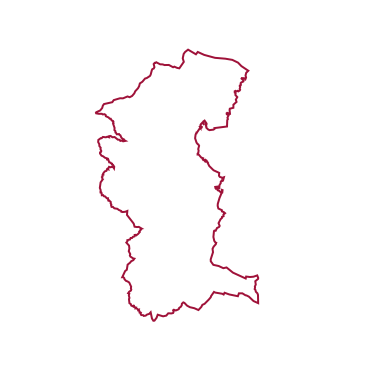 Zapayán, Magdalena, Colombia (Mercator projection), rotated 148°
{"feature_id": "7082276B87422252526741", "entity_name": "Zapayán", "entity_type": "district", "adm_level": 2, "iso_a3": "COL", "parent_name": "Colombia", "parent_adm1": "Magdalena", "projection": "mercator", "projection_center": [-74.689, 10.137], "detail": "fine", "context": "isolated", "style": "outline", "palette": "rose", "viewbox_px": 384, "rotation_deg": 148, "n_neighbors": 0, "source": "geoboundaries", "source_scale": "gbopen_adm2", "svg_char_len": 6097}
<svg xmlns="http://www.w3.org/2000/svg" viewBox="0 0 384 384"><g transform="rotate(148 192 192)"><path d="M112.9,307.7L115.7,306.7L119.9,314.8L123.7,314.4L125.9,313.5L129.0,310.3L130.0,306.7L137.2,303.6L138.8,305.1L140.6,307.7L141.9,307.8L144.3,312.0L148.0,314.2L149.3,315.8L151.3,317.1L153.6,321.0L154.7,320.8L155.2,321.3L156.7,320.8L157.7,317.8L159.0,317.0L160.5,317.2L161.5,316.6L164.9,313.4L166.2,312.7L169.9,312.6L171.7,313.1L175.7,311.8L178.7,311.7L180.7,309.8L182.8,308.6L186.8,307.5L188.7,306.2L191.9,305.2L194.6,305.4L196.1,307.2L200.9,308.0L203.3,309.6L205.0,310.1L209.7,311.4L212.0,310.4L220.0,313.2L221.8,312.5L223.7,310.8L226.7,309.8L230.9,310.4L231.5,310.1L231.6,309.5L229.6,307.7L227.0,306.1L226.6,305.1L224.9,304.3L224.4,302.9L224.9,301.9L223.3,299.5L222.9,297.7L222.1,297.2L222.2,295.3L221.3,294.0L221.4,293.3L221.9,293.2L222.1,291.9L222.7,291.8L223.7,287.4L225.0,285.6L224.7,284.2L225.4,283.0L225.1,282.4L225.2,280.8L223.2,279.8L223.3,279.0L222.7,278.1L223.1,275.4L222.5,273.5L221.9,272.9L221.8,271.5L221.3,270.6L223.6,271.5L224.1,272.7L225.7,273.3L225.6,274.1L226.2,275.1L227.1,275.6L228.5,279.6L230.5,280.6L231.3,282.6L232.4,282.7L232.6,283.3L233.9,283.4L233.9,283.0L234.6,283.8L236.0,284.0L238.4,285.9L240.2,285.5L240.8,286.0L243.8,285.8L245.1,284.1L245.3,281.6L246.2,280.1L246.0,277.9L246.9,276.9L247.2,274.8L248.3,274.1L249.0,274.3L249.6,273.4L249.5,270.8L248.3,269.1L247.8,267.4L246.2,265.5L246.6,265.0L246.2,264.8L246.4,264.4L245.7,264.3L246.5,261.0L245.5,260.1L245.5,259.3L244.8,258.4L245.2,257.7L244.6,256.9L244.6,254.6L245.6,253.4L245.6,254.4L246.5,255.8L247.9,256.1L249.0,257.3L249.9,256.6L251.0,256.6L251.1,255.6L251.9,256.4L253.4,255.3L255.1,255.7L257.5,254.8L257.9,253.8L258.4,254.1L259.0,253.8L259.4,252.8L260.5,252.4L260.5,251.6L261.4,250.1L261.2,249.9L264.4,248.6L268.0,244.3L268.5,241.9L269.4,240.8L269.2,240.3L269.8,239.9L269.2,239.0L270.2,237.0L269.0,236.4L268.9,235.0L268.0,234.2L267.6,231.9L266.6,231.2L267.0,230.7L266.9,229.5L267.4,229.4L267.5,228.9L266.6,228.2L266.2,226.5L267.0,225.5L267.0,224.2L267.6,223.8L268.1,222.0L267.0,221.4L266.5,219.3L264.2,217.3L263.6,215.6L262.1,213.4L262.4,212.7L261.5,211.8L259.1,210.6L256.9,210.2L259.3,207.0L258.2,196.1L259.1,193.0L257.2,191.4L255.6,190.6L254.2,187.9L254.9,188.2L255.6,187.4L255.4,187.1L257.7,186.4L257.6,185.7L260.0,185.0L262.3,184.8L262.6,185.6L263.3,185.9L263.5,185.3L264.3,184.8L265.8,185.3L267.2,184.8L268.4,185.5L269.7,184.6L272.4,185.4L272.9,184.4L274.5,183.9L273.8,179.9L275.1,177.2L277.0,175.3L277.3,172.0L278.3,171.2L278.5,170.0L277.1,166.9L276.2,166.0L277.9,165.3L280.3,165.5L281.9,164.9L285.1,164.5L288.5,160.6L290.6,160.4L296.3,156.7L295.4,156.2L295.1,154.9L295.5,153.7L295.0,151.5L294.1,150.4L293.2,148.5L293.8,143.9L294.9,142.7L295.1,141.6L296.0,140.8L298.2,140.7L299.8,140.0L299.1,139.0L300.4,137.7L301.2,135.3L302.2,134.6L304.0,130.8L303.3,129.3L303.7,127.9L302.8,126.5L301.9,126.7L301.5,126.3L302.1,125.3L301.4,124.6L301.5,123.8L301.0,123.6L301.5,123.2L300.7,122.8L300.0,120.9L300.2,120.5L299.7,120.4L300.2,120.0L299.6,119.5L300.1,118.2L299.5,117.1L300.1,117.0L299.7,116.3L300.3,115.3L300.2,114.5L298.7,113.4L298.6,112.5L296.8,111.7L295.1,111.9L292.9,111.3L290.8,111.9L293.0,105.9L293.0,103.3L292.0,102.8L288.7,104.1L286.1,106.1L282.4,101.9L279.3,100.8L276.5,101.7L273.5,99.8L272.1,99.4L271.0,100.2L270.7,101.7L269.8,101.8L268.5,100.1L266.0,99.7L265.0,99.8L264.3,100.5L262.3,100.6L260.7,101.4L259.8,102.6L257.9,103.0L257.2,102.0L256.4,98.2L254.8,95.4L251.6,92.2L249.1,88.5L245.0,89.6L243.0,90.8L240.6,90.5L234.7,91.9L231.9,92.8L231.0,93.6L226.3,95.6L225.6,94.4L220.3,89.7L219.5,88.3L217.8,89.3L214.6,85.3L208.3,79.3L205.9,81.2L203.0,79.4L201.4,76.1L200.6,75.4L199.2,73.1L197.6,66.9L194.8,62.7L190.6,69.7L190.2,71.4L190.7,73.6L190.1,75.4L190.3,76.5L189.2,77.5L188.8,78.5L187.0,79.7L185.6,82.8L182.0,83.3L181.4,84.0L180.9,86.7L184.8,87.6L187.9,89.2L190.9,91.6L192.3,90.2L200.0,101.9L202.7,109.7L205.8,110.8L208.6,115.1L212.5,118.9L212.8,123.3L211.8,125.0L206.1,129.8L204.7,132.9L202.6,134.2L199.5,135.1L198.4,136.1L198.9,136.6L199.0,138.8L197.7,142.5L194.1,147.2L193.4,147.4L192.5,146.6L189.9,148.2L187.7,148.0L186.5,148.6L186.0,151.5L182.2,153.8L180.4,154.1L179.7,155.0L178.1,154.7L177.3,156.2L175.2,156.5L175.4,157.1L176.1,157.0L175.8,158.3L176.9,159.7L176.3,160.8L178.4,164.0L177.6,166.6L176.4,168.3L171.9,172.3L167.5,175.4L166.7,175.4L165.1,177.4L165.5,177.9L165.9,177.0L167.7,175.8L168.2,178.4L169.3,179.9L168.9,181.4L169.7,181.9L169.3,182.3L170.0,183.0L169.6,184.0L166.7,182.7L166.6,182.3L167.3,182.4L167.4,181.7L168.0,181.3L166.9,180.7L165.1,183.2L162.9,184.3L162.3,185.4L160.7,186.0L160.5,185.3L159.7,185.2L157.1,187.6L157.9,187.8L158.2,187.1L158.9,187.5L159.4,188.9L160.4,190.0L160.5,191.5L158.8,193.8L162.2,199.0L163.6,204.9L163.0,210.9L164.0,213.1L163.2,209.8L164.6,210.6L165.0,213.3L164.0,213.4L165.5,213.4L165.5,214.5L164.8,214.9L165.9,216.3L166.5,220.3L167.4,220.8L166.9,221.6L165.8,222.0L164.4,223.7L164.0,225.1L161.5,227.4L161.4,229.0L161.8,229.5L162.0,231.4L160.9,235.9L158.7,238.6L157.7,239.4L157.1,239.3L156.6,240.1L155.9,240.0L151.2,242.1L151.1,241.3L149.7,241.5L149.2,241.9L149.6,242.6L149.9,242.2L150.4,242.6L150.7,242.1L150.7,243.1L150.1,242.9L149.9,243.3L149.6,242.7L149.8,243.5L148.5,244.8L146.6,245.3L146.3,244.1L145.0,245.8L143.5,245.9L143.4,243.5L143.8,243.8L144.3,243.1L144.1,242.1L144.7,242.1L144.4,241.2L145.2,240.8L145.2,239.7L145.8,239.0L145.2,236.5L144.4,235.2L140.7,233.5L139.4,233.6L139.1,234.3L127.6,229.0L124.0,234.3L122.9,234.8L122.6,236.2L120.4,237.6L121.3,239.5L120.9,240.4L120.2,240.5L119.3,239.4L119.1,238.3L118.4,238.1L116.7,241.6L115.8,242.6L112.3,241.5L110.6,244.1L106.5,244.8L105.9,247.1L103.3,248.5L103.8,251.3L102.8,252.5L103.1,253.6L102.4,254.8L101.5,254.7L101.3,253.8L99.7,253.6L99.4,252.8L97.7,252.8L97.0,253.2L97.0,254.1L95.4,255.6L95.4,256.6L95.0,257.0L93.8,256.9L93.1,258.5L92.2,258.8L89.9,258.5L89.2,259.1L89.9,261.9L89.4,262.2L87.4,260.8L87.0,259.3L85.5,260.4L84.8,262.5L82.8,264.4L80.0,265.0L83.4,272.6L84.4,277.3L87.8,282.7L93.1,287.4L101.4,293.6L109.0,301.8L112.9,307.7Z" fill="none" stroke="#9f1239" stroke-width="2"/></g></svg>